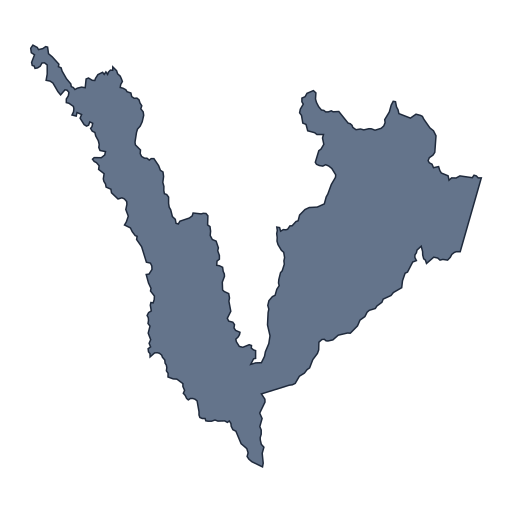 outline of Ivolândia, Goiás, Brazil
{"feature_id": "56859067B92704348904793", "entity_name": "Ivolândia", "entity_type": "district", "adm_level": 2, "iso_a3": "BRA", "parent_name": "Brazil", "parent_adm1": "Goiás", "projection": "natural_earth1", "projection_center": [-51.093, -16.686], "detail": "fine", "context": "isolated", "style": "filled", "palette": "slate", "viewbox_px": 512, "rotation_deg": 0, "n_neighbors": 0, "source": "geoboundaries", "source_scale": "gbopen_adm2", "svg_char_len": 5976}
<svg xmlns="http://www.w3.org/2000/svg" viewBox="0 0 512 512"><path d="M143.2,111.9L140.8,108.8L141.8,105.8L140.0,103.0L139.0,99.8L136.9,98.1L134.2,98.3L131.7,96.6L130.9,93.0L127.0,91.7L125.9,89.8L123.0,88.2L120.2,87.5L120.7,84.5L122.4,81.5L121.4,78.8L120.2,76.1L117.6,73.8L116.6,70.7L112.8,66.9L112.7,70.3L110.4,70.1L108.4,72.2L107.6,74.4L105.9,71.9L104.2,74.4L102.6,72.3L97.9,74.6L95.5,78.4L94.8,80.5L92.2,80.3L88.5,78.0L86.1,79.0L85.2,87.7L81.5,87.1L77.3,88.2L74.9,89.5L73.4,87.6L71.3,86.6L70.8,83.9L66.5,78.8L62.1,71.1L61.1,67.8L58.4,66.7L58.9,64.2L52.3,56.9L48.5,53.7L47.6,47.1L45.7,46.6L42.8,48.6L38.5,49.6L37.3,47.5L32.9,45.1L30.7,48.3L31.3,52.7L34.5,54.8L31.6,62.4L32.2,65.4L34.2,66.1L35.0,68.4L37.6,67.9L40.2,66.2L42.0,63.0L44.5,62.8L47.2,65.0L47.2,74.1L46.1,80.3L50.1,81.1L52.9,83.0L57.9,91.6L60.6,94.9L65.0,89.8L67.1,90.2L68.9,92.4L68.3,95.9L66.3,99.0L66.3,102.6L69.0,103.3L73.4,106.4L73.9,108.9L73.5,111.9L72.0,115.0L76.2,116.1L77.0,112.5L81.6,114.5L80.1,118.2L84.1,124.6L86.5,126.1L88.6,125.2L89.8,121.9L92.7,123.3L92.0,126.7L90.6,128.4L92.2,131.1L94.9,132.5L95.7,135.9L98.3,140.7L99.2,144.5L98.8,147.5L100.0,150.5L105.5,151.6L104.7,155.0L101.3,157.7L94.2,157.6L92.5,159.2L94.2,161.5L96.4,162.6L99.1,165.7L98.6,169.4L104.1,173.7L103.3,178.9L103.9,181.4L105.5,184.0L106.1,187.1L110.9,189.2L111.5,192.8L118.0,199.0L121.9,197.8L124.4,198.9L126.7,201.6L126.9,204.4L125.8,209.5L128.3,216.2L126.3,222.0L124.5,225.0L130.4,227.9L132.2,231.6L135.2,235.6L137.1,236.3L136.6,239.5L141.6,246.7L146.4,262.2L150.4,263.1L151.8,265.9L152.0,269.4L149.0,274.1L146.2,274.5L148.5,283.0L151.0,288.3L150.5,291.0L154.4,296.0L154.2,299.7L153.1,302.9L150.9,302.5L150.3,305.2L151.3,310.9L148.6,312.6L147.1,315.5L148.3,317.7L148.5,320.5L148.0,323.5L150.0,326.1L148.2,333.1L150.7,339.7L149.1,343.3L150.6,346.9L148.1,348.7L148.5,351.8L150.0,353.6L150.1,356.9L154.6,352.9L157.3,352.7L159.5,353.3L161.7,355.1L162.4,357.2L164.8,360.0L165.1,363.2L166.3,365.0L166.8,367.6L166.4,370.8L168.1,373.3L168.0,377.0L173.2,378.9L176.8,379.1L182.9,383.6L182.9,386.5L184.6,390.4L183.3,393.3L185.2,395.4L186.6,398.4L188.3,399.9L190.4,398.5L192.9,398.5L195.0,399.2L197.1,400.9L199.0,411.7L199.0,415.0L199.9,417.5L202.3,418.5L205.1,418.5L205.8,420.8L208.1,421.2L211.6,421.2L215.0,420.0L217.9,421.1L224.7,420.9L227.4,422.4L229.3,421.0L230.9,423.4L231.2,426.3L232.9,429.7L235.9,431.2L241.1,443.7L246.8,448.6L248.1,452.9L247.1,456.5L248.9,459.2L251.8,461.7L262.5,466.9L263.2,463.2L262.2,453.3L263.9,447.2L261.3,444.3L260.3,440.0L260.2,437.6L261.2,434.2L261.2,430.0L259.8,426.6L262.1,418.5L259.7,413.1L265.0,402.1L264.9,399.2L261.4,393.9L289.2,385.2L292.3,384.8L295.2,383.4L299.4,376.2L304.4,373.1L307.1,369.6L309.6,367.9L312.8,359.6L317.4,353.5L318.7,349.9L318.9,342.2L321.9,339.5L324.3,339.3L326.0,340.8L327.9,341.0L332.9,339.9L338.2,335.2L347.5,333.0L350.3,333.2L357.5,325.9L360.0,320.1L364.9,316.6L367.1,312.2L369.3,310.3L375.3,308.5L376.9,306.0L381.9,302.3L383.2,299.1L391.0,295.5L393.4,292.5L401.7,287.7L402.5,280.8L405.1,273.2L407.5,272.1L412.7,262.0L416.4,260.6L414.8,257.3L415.0,254.8L416.4,252.8L417.0,250.1L421.2,246.2L422.6,251.6L422.7,255.0L423.7,258.8L425.4,260.1L426.5,263.5L433.7,257.2L437.7,258.0L440.0,260.1L442.8,259.4L447.6,260.1L450.3,257.3L451.8,254.4L454.2,252.5L456.2,251.7L460.2,251.7L481.3,177.9L478.2,177.9L476.3,175.9L474.0,175.2L472.3,177.7L459.9,175.9L456.1,178.0L451.6,177.9L449.0,180.2L448.1,175.8L441.3,173.0L439.8,170.5L438.6,166.6L433.5,167.7L432.0,164.2L429.3,162.8L428.1,160.7L429.3,157.7L433.0,155.1L434.8,152.3L436.0,135.8L433.5,130.8L429.9,127.9L423.8,119.2L422.4,116.4L420.5,115.4L416.0,114.2L410.4,118.1L398.9,113.6L398.0,109.7L396.5,106.9L395.5,101.7L393.2,101.3L391.2,105.1L389.3,112.0L384.7,119.6L385.1,122.6L383.8,125.9L381.2,128.3L375.0,130.2L371.4,128.8L368.9,128.7L363.8,129.9L360.5,129.0L356.0,129.7L352.8,127.4L352.0,125.3L350.2,123.7L348.1,123.1L338.8,111.5L333.1,111.8L331.3,110.8L328.3,111.9L325.7,111.9L323.8,110.4L321.4,110.0L318.6,106.6L316.5,102.5L315.5,99.0L315.9,92.9L313.4,90.6L307.0,93.3L305.1,96.7L301.9,98.1L301.9,101.8L303.3,104.1L300.3,109.2L299.6,112.8L301.5,115.4L302.8,123.1L306.0,124.4L307.7,130.8L314.7,132.7L316.9,134.5L323.5,134.5L322.5,138.0L323.8,144.3L321.0,149.1L318.8,150.7L315.3,162.3L316.5,164.3L319.2,165.5L322.8,166.1L325.7,164.7L328.7,166.0L331.8,168.5L335.7,174.8L335.5,177.3L331.3,184.5L327.8,194.1L326.2,196.9L324.3,203.9L317.2,207.1L309.3,207.5L305.0,209.5L299.6,215.0L298.1,220.8L296.0,221.5L292.1,225.8L289.9,225.9L287.6,229.3L285.7,229.8L283.3,229.6L280.6,231.2L279.6,227.6L276.8,227.1L277.3,230.4L276.7,233.7L277.2,237.5L277.0,241.1L278.0,244.6L281.4,250.3L283.7,252.3L284.6,257.6L283.9,260.9L284.3,264.2L282.2,270.8L280.5,272.7L278.8,279.6L278.5,283.0L279.2,285.6L276.8,289.3L275.1,295.3L272.4,296.6L268.9,300.7L267.8,305.4L268.8,309.1L268.1,312.6L267.5,324.9L270.0,335.8L268.8,343.6L265.4,351.7L264.5,356.4L261.4,362.7L255.6,362.9L250.7,364.4L253.6,358.8L255.6,358.4L255.6,350.6L253.5,349.9L251.3,348.1L251.5,345.5L249.2,344.7L242.8,347.3L239.3,346.4L236.4,341.8L235.8,339.2L238.2,336.9L239.5,334.6L240.0,332.3L235.6,330.4L234.0,327.9L234.5,324.6L232.8,322.2L228.7,321.1L227.3,318.3L230.8,311.3L228.9,301.2L229.5,298.0L228.7,293.6L224.2,291.5L222.6,290.0L222.3,282.2L224.5,276.3L224.3,273.9L223.2,271.4L222.6,267.3L219.3,265.7L216.7,265.3L217.0,261.1L219.4,259.2L219.4,255.5L217.7,250.7L218.4,247.9L216.1,241.1L212.3,239.5L210.2,235.5L210.6,231.2L210.0,226.6L207.6,224.9L207.9,215.8L206.0,213.5L203.3,213.3L201.2,213.9L193.1,213.0L192.2,215.9L189.4,218.0L179.9,221.2L178.3,224.0L176.0,223.3L175.3,219.3L172.4,216.6L170.7,209.8L169.2,207.2L168.6,203.5L168.6,197.1L166.7,194.5L164.4,193.7L163.8,190.4L163.9,186.4L162.8,182.4L163.6,176.5L163.0,172.0L160.4,170.3L158.6,165.6L153.9,158.6L151.2,158.6L149.3,160.1L146.9,158.2L144.6,158.2L141.6,156.5L140.2,153.6L140.5,150.0L135.4,144.9L135.0,142.2L136.5,132.5L137.5,129.1L140.2,126.1L142.2,121.8L143.7,115.3L143.2,111.9Z" fill="#64748b" stroke="#1e293b" stroke-width="1.5"/></svg>